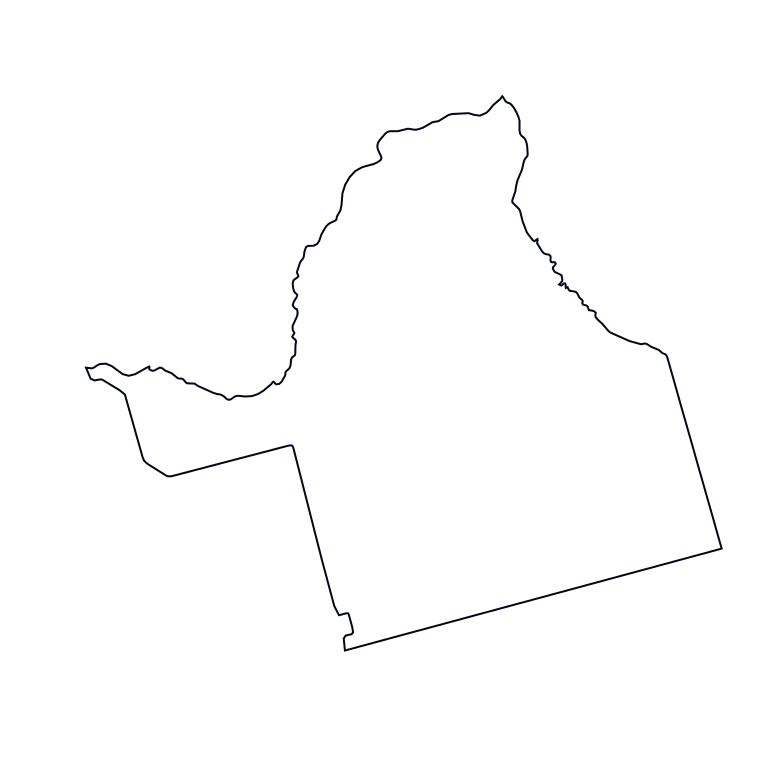 the border of Kgalagadi, rotated 165°
{"feature_id": "BWA-2625", "entity_name": "Kgalagadi", "entity_type": "District", "adm_level": 1, "iso_a3": "BWA", "parent_name": "Botswana", "parent_adm1": "", "projection": "orthographic", "projection_center": [21.995, -25.1], "detail": "fine", "context": "isolated", "style": "outline", "palette": "ink", "viewbox_px": 768, "rotation_deg": 165, "n_neighbors": 0, "source": "natural_earth", "source_scale": "10m", "svg_char_len": 3994}
<svg xmlns="http://www.w3.org/2000/svg" viewBox="0 0 768 768"><g transform="rotate(165 384 384)"><path d="M181.6,430.0L181.2,427.3L180.5,426.0L176.8,424.4L174.7,423.1L173.9,421.6L173.0,417.3L172.5,416.2L171.2,414.4L170.7,413.5L170.6,412.4L171.2,411.6L171.6,410.8L171.3,409.5L170.5,408.7L168.3,407.5L167.5,406.7L167.2,405.8L166.9,402.2L164.5,401.3L162.2,399.9L161.0,398.0L162.1,395.7L162.2,393.7L160.8,390.7L157.4,385.4L153.4,376.9L152.0,375.1L135.7,361.9L126.0,356.2L124.8,355.8L122.2,355.7L121.0,355.4L119.6,354.4L116.2,350.7L109.6,345.6L107.2,341.9L105.0,340.2L104.1,339.3L103.5,337.0L103.1,313.3L102.8,289.5L102.4,265.8L102.0,242.0L101.7,218.3L101.6,214.4L101.3,194.5L100.9,170.8L100.6,147.0L100.4,137.7L102.9,137.6L490.7,136.7L488.8,148.5L486.2,150.9L480.5,150.7L479.2,151.2L478.1,152.3L477.6,157.5L477.7,170.7L478.0,171.7L478.9,172.1L480.1,172.3L487.3,172.3L489.5,182.4L489.5,231.6L488.1,345.4L488.3,347.2L489.0,348.5L490.7,349.0L492.6,349.2L612.7,349.9L614.7,350.2L616.6,350.8L618.5,352.3L632.8,367.7L634.4,369.9L635.6,372.2L636.1,375.2L637.0,440.9L641.0,446.4L655.1,461.2L657.1,461.9L662.8,462.4L666.0,465.1L667.6,476.9L662.1,474.7L659.6,475.0L657.1,476.0L653.7,476.8L647.5,475.7L642.3,471.7L633.9,461.2L628.4,458.0L621.9,457.9L608.9,461.2L606.2,461.6L606.1,460.9L606.8,459.8L606.7,458.6L605.4,457.5L604.1,456.7L602.7,456.4L596.2,457.9L593.9,456.4L592.0,453.7L586.5,449.5L581.8,443.1L580.7,442.4L578.2,441.6L577.1,440.8L576.2,439.6L575.0,436.7L573.9,435.6L566.9,433.4L565.4,431.7L564.4,430.4L551.4,419.8L548.3,417.8L544.6,416.1L543.4,415.1L541.8,413.4L539.9,410.4L538.8,409.3L537.0,408.7L535.4,409.0L531.3,410.5L529.1,410.6L527.2,410.1L521.5,407.9L514.7,406.5L508.5,406.9L502.5,408.6L493.1,413.0L491.9,414.0L490.4,414.9L489.6,414.2L489.1,412.8L488.3,411.6L485.3,411.2L482.3,412.7L477.4,417.7L476.7,418.9L476.4,420.1L475.9,421.1L474.5,422.0L472.8,422.8L471.4,423.6L470.4,424.8L469.3,426.5L467.3,431.9L465.9,433.5L462.7,434.8L461.9,436.1L459.4,444.6L458.4,446.8L458.0,447.9L457.9,449.1L458.6,450.4L459.8,451.9L460.4,453.3L459.3,454.7L457.6,456.0L457.4,457.1L457.9,458.3L458.1,459.8L457.8,461.8L457.4,463.2L456.7,464.5L451.1,471.1L449.4,473.9L448.7,476.9L448.8,478.8L449.2,479.2L450.0,479.5L450.8,480.9L451.6,482.9L451.8,483.7L450.4,486.1L448.5,488.1L446.0,490.3L444.7,492.6L446.2,495.1L446.9,496.8L446.9,499.9L446.5,503.2L445.9,505.5L444.8,507.2L443.6,508.1L440.0,509.4L438.7,510.5L438.8,511.7L439.2,513.1L439.1,514.7L433.9,522.7L433.6,523.0L432.4,524.2L429.9,526.0L428.5,527.8L426.5,532.6L424.1,536.2L422.0,537.1L416.4,535.8L412.5,536.5L409.7,538.8L405.5,545.0L399.0,551.3L396.1,552.9L394.1,553.5L388.4,554.5L387.3,555.4L386.0,558.1L381.0,563.2L378.6,568.2L374.7,579.1L370.0,586.4L363.7,592.7L356.5,597.2L348.7,599.1L336.7,599.2L332.8,599.9L329.5,601.1L328.1,602.5L327.9,604.7L329.0,610.9L329.2,613.6L328.7,616.1L327.3,618.5L325.0,620.7L318.0,625.5L315.3,626.6L312.7,626.6L305.3,624.6L294.8,624.4L288.7,621.7L285.9,621.2L280.3,621.4L270.0,624.2L268.2,624.3L264.8,623.9L263.0,623.9L252.3,627.1L248.5,627.2L232.2,623.7L227.2,620.6L221.9,618.4L215.1,619.4L211.9,621.1L206.2,625.2L198.3,629.0L195.7,630.9L195.3,631.3L194.7,630.0L193.4,625.6L192.2,624.1L190.3,622.8L189.6,622.1L188.8,621.1L187.1,617.3L185.8,612.3L185.0,607.2L185.0,603.0L187.5,593.7L187.7,590.5L187.1,588.5L185.1,585.6L184.3,583.9L183.9,580.4L184.2,576.4L185.7,569.0L186.3,567.3L189.9,564.6L191.6,562.3L195.2,555.4L202.2,546.3L205.0,541.3L207.3,536.0L212.5,528.3L213.0,526.2L208.2,517.9L207.8,515.3L208.0,505.4L206.8,493.4L203.4,485.2L203.3,484.7L201.9,483.1L201.2,483.1L200.0,483.7L198.3,484.3L198.4,483.1L199.7,480.4L197.0,471.2L195.7,468.8L194.4,467.7L191.2,466.2L190.2,464.8L190.2,463.3L191.2,460.4L191.1,458.8L190.1,458.0L188.7,457.8L187.4,457.3L187.0,455.8L187.7,454.9L190.4,453.1L191.1,451.8L190.1,448.1L184.4,443.2L184.6,439.3L185.4,437.1L189.1,434.8L187.5,433.3L186.3,433.4L185.2,434.1L184.1,434.6L182.9,434.0L182.8,432.6L183.4,430.9L183.5,429.7L181.6,430.0Z" fill="none" stroke="#020617" stroke-width="2"/></g></svg>